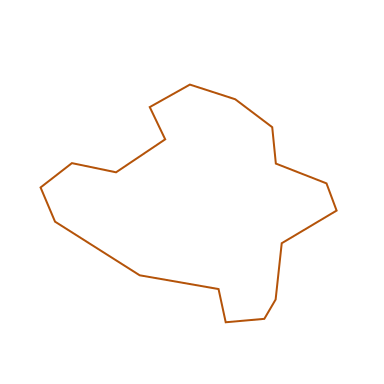 outline of Sandwell, rotated 206°
{"feature_id": "GBR-5691", "entity_name": "Sandwell", "entity_type": "Metropolitan Borough", "adm_level": 1, "iso_a3": "GBR", "parent_name": "United Kingdom", "parent_adm1": "", "projection": "robinson", "projection_center": [-2.009, 52.514], "detail": "fine", "context": "isolated", "style": "outline", "palette": "amber", "viewbox_px": 384, "rotation_deg": 206, "n_neighbors": 0, "source": "natural_earth", "source_scale": "10m", "svg_char_len": 386}
<svg xmlns="http://www.w3.org/2000/svg" viewBox="0 0 384 384"><g transform="rotate(206 192 192)"><path d="M74.9,258.7L53.9,238.7L88.9,185.3L69.7,132.0L71.4,109.7L104.6,89.7L125.6,116.4L202.5,94.2L302.1,105.3L330.1,129.7L312.6,165.3L268.9,176.4L239.2,227.6L267.2,249.8L241.0,287.6L193.8,294.3L148.3,285.4L129.1,254.3L74.9,258.7Z" fill="none" stroke="#b45309" stroke-width="2"/></g></svg>